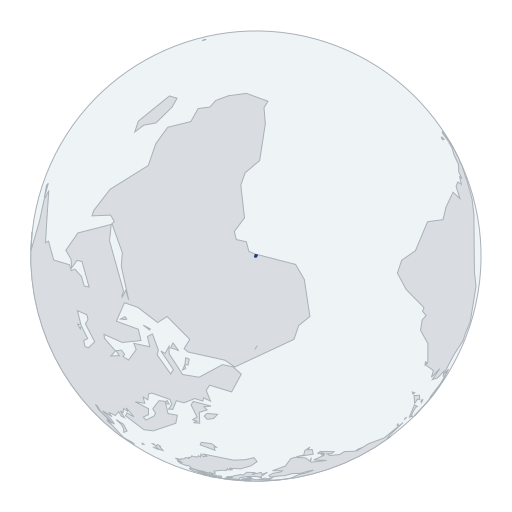 the Earth from above Atlantique, rotated 204°
{"feature_id": "BEN-2174", "entity_name": "Atlantique", "entity_type": "Department", "adm_level": 1, "iso_a3": "BEN", "parent_name": "Benin", "parent_adm1": "", "projection": "orthographic", "projection_center": [2.175, 6.604], "detail": "fine", "context": "on_globe", "style": "filled", "palette": "blue", "viewbox_px": 512, "rotation_deg": 204, "n_neighbors": 0, "source": "natural_earth", "source_scale": "10m", "svg_char_len": 8620}
<svg xmlns="http://www.w3.org/2000/svg" viewBox="0 0 512 512"><g transform="rotate(204 256 256)"><circle cx="256" cy="256" r="225" fill="#eef3f6" stroke="#a8b0b8"/><path d="M175.8,45.5L172.7,46.7L174.9,46.1L170.0,48.1L176.0,45.9L180.2,44.3L184.2,42.9L185.9,42.6L179.8,44.9L178.1,45.4L177.2,46.0L173.4,47.4L176.2,46.5L168.7,49.8L178.6,46.2L174.6,48.6L168.9,51.0L166.4,51.1L147.1,59.1L140.6,62.7L134.0,67.0L127.9,73.8L122.0,78.2L116.2,83.8L120.8,80.8L127.0,75.5L134.2,72.1L140.9,66.7L144.7,64.9L152.9,59.9L154.9,60.5L152.5,64.1L145.9,68.5L144.6,70.5L153.6,66.6L143.8,76.0L141.8,84.9L138.9,87.8L128.5,91.7L121.8,90.1L108.4,97.9L120.4,93.1L112.9,101.5L113.1,103.3L115.4,103.3L119.5,100.4L117.7,103.7L105.1,109.0L106.6,106.1L110.6,104.2L107.3,103.8L98.8,108.7L95.7,113.3L86.2,117.9L83.8,121.5L80.4,124.9L84.8,118.7L76.8,130.3L65.0,141.8L53.9,163.7L61.3,145.9L61.8,143.3L61.3,142.9L59.3,146.3L60.2,144.5L69.3,129.9L79.5,116.0L90.8,102.9L103.0,90.7L116.1,79.5L130.0,69.3L144.6,60.2L159.9,52.2L175.8,45.5ZM45.7,175.2L45.9,174.8L46.5,174.1L39.4,194.3L39.3,199.0L35.5,214.7L34.6,223.5L36.2,222.3L37.4,227.3L40.5,218.7L44.6,214.8L42.3,227.8L46.4,216.6L47.4,223.6L57.0,225.5L55.6,228.3L63.3,245.9L75.4,255.0L78.2,265.1L76.4,270.8L81.4,273.3L81.6,277.2L105.0,286.4L119.8,297.8L121.2,311.3L112.5,325.7L113.2,357.1L99.9,365.3L102.3,377.7L101.9,394.4L93.1,391.4L101.6,401.1L101.7,405.7L97.6,405.0L102.1,411.2L99.3,410.5L104.9,415.2L108.3,422.1L116.4,429.1L120.9,434.5L126.4,438.5L125.2,438.0L126.0,439.0L128.7,441.1L121.6,436.5L110.6,427.7L106.6,423.7L104.8,422.5L95.3,411.8L96.4,413.7L82.0,396.2L73.6,382.1L54.0,339.0L49.7,329.8L42.7,317.7L33.5,282.9L33.2,270.0L32.4,263.2L35.1,245.8L36.2,227.9L35.8,224.9L34.1,231.0L34.3,218.4L36.8,204.7L37.5,201.2L45.7,175.2ZM50.4,171.2L50.7,184.2L47.4,184.3L48.6,182.5L49.2,177.4L49.2,172.4L47.2,173.7L50.4,171.2ZM57.6,159.9L57.3,158.7L58.0,159.0L57.6,159.9ZM151.2,60.0L152.0,59.9L150.1,60.8L151.2,60.0ZM153.9,58.0L151.2,59.1L152.0,58.4L153.8,57.7L153.9,58.0ZM157.2,56.9L154.0,57.0L155.6,55.8L163.5,52.3L157.2,56.9ZM180.7,43.9L176.4,45.7L178.5,44.6L180.7,43.9ZM194.9,39.2L189.5,40.8L194.8,39.2L181.1,43.7L194.9,39.2ZM186.0,42.3L185.4,42.3L191.7,40.3L193.9,39.9L191.1,40.7L186.0,42.3ZM190.6,41.0L194.8,39.9L193.4,40.7L186.9,42.2L190.6,41.0ZM192.3,40.0L195.4,39.1L194.4,39.4L192.3,40.0ZM190.8,43.7L190.1,43.3L193.2,42.1L190.8,43.7ZM196.5,39.5L197.0,39.3L198.1,38.9L200.6,38.4L196.5,39.5ZM202.9,37.1L203.3,37.0L204.3,36.7L208.6,35.8L209.3,35.6L203.3,37.0L207.2,36.1L208.2,35.9L202.2,37.4L202.6,37.1L202.9,37.1ZM206.5,36.9L200.0,39.1L200.8,39.9L198.0,40.9L197.3,39.5L206.5,36.9ZM204.5,37.0L205.1,37.1L201.3,38.0L198.6,38.5L204.5,37.0ZM213.0,34.9L213.6,34.8L212.5,35.0L213.0,34.9ZM207.5,36.9L209.1,36.4L208.0,36.8L207.5,36.9ZM212.6,35.1L211.2,35.3L212.9,34.9L212.6,35.1ZM213.3,35.5L211.2,36.1L209.2,36.3L213.3,35.5ZM213.6,35.1L216.2,34.6L209.8,36.1L212.7,35.2L213.6,35.1ZM214.3,34.7L214.9,34.6L214.7,34.7L214.3,34.7ZM221.9,34.5L214.3,36.2L210.1,36.7L218.0,34.8L221.9,34.5ZM136.2,445.6L123.5,437.9L129.4,441.6L126.9,439.0L136.0,444.4L136.2,445.6ZM131.6,439.2L132.6,438.1L134.8,439.3L134.6,440.4L131.6,439.2ZM470.5,187.0L469.8,185.1L463.7,169.7L464.7,176.2L468.0,199.8L472.5,221.2L471.9,231.5L461.2,202.3L453.7,182.6L451.6,185.2L439.2,170.1L422.7,172.1L418.8,167.4L416.1,170.3L407.1,166.3L400.6,158.6L395.9,159.8L412.7,180.2L417.7,179.2L419.6,170.1L423.6,177.8L432.0,183.9L428.1,204.6L401.1,226.0L396.0,210.3L362.7,170.0L362.3,165.3L362.1,164.8L361.5,163.9L361.0,171.7L354.4,164.0L374.9,191.9L379.4,204.6L400.8,227.0L399.4,229.8L405.5,234.2L422.1,226.0L422.8,231.4L416.4,257.6L391.2,294.9L393.2,317.8L389.0,337.7L370.2,352.3L368.8,367.2L358.7,373.3L356.0,381.8L346.2,391.3L330.8,400.7L308.0,402.2L309.0,394.7L301.2,380.4L291.5,344.7L299.8,327.5L298.7,314.5L282.0,286.1L285.8,269.6L280.7,263.0L270.6,265.1L264.4,257.3L258.0,257.4L216.4,264.4L202.3,254.2L182.2,222.7L188.7,209.8L187.4,195.3L230.2,146.0L242.0,148.2L278.9,140.7L284.0,142.1L282.6,152.9L312.6,164.6L318.8,155.2L343.0,161.0L357.2,159.8L357.0,139.6L333.7,141.2L326.7,132.0L343.0,122.6L363.0,122.6L360.9,119.1L345.8,112.1L347.9,105.7L340.3,109.3L345.3,112.6L340.7,115.3L335.9,112.6L336.8,110.2L330.1,109.1L327.4,121.8L332.1,126.5L316.1,129.9L322.4,138.3L318.9,142.7L306.9,130.3L306.2,125.5L285.9,113.5L285.2,118.6L304.3,130.6L299.5,129.9L298.7,138.1L295.5,131.3L274.8,117.9L258.7,122.1L242.4,143.1L232.0,145.4L221.4,142.1L223.0,121.9L245.9,119.1L246.8,112.9L238.5,104.9L246.2,105.1L245.6,101.8L253.9,100.9L262.0,92.6L269.9,91.4L269.6,82.1L273.6,80.5L272.6,86.2L276.2,90.0L295.4,88.4L298.1,86.2L296.3,80.6L301.8,81.3L297.7,76.2L307.0,73.7L292.1,72.8L289.7,67.3L293.4,63.0L289.9,61.3L283.9,68.5L283.9,71.6L288.1,74.4L285.8,84.3L279.9,86.3L272.3,76.3L263.1,78.5L261.2,70.6L278.7,54.5L287.8,51.7L310.2,57.0L310.1,60.1L302.0,59.4L312.7,64.5L310.3,61.9L314.9,62.8L313.7,58.7L316.9,59.3L310.3,54.8L314.1,55.0L318.2,57.9L319.6,53.1L326.5,53.2L325.3,52.0L322.1,50.6L333.0,52.3L331.6,51.3L327.5,50.3L322.1,48.0L316.8,44.8L320.9,45.5L323.3,46.8L334.6,50.9L340.5,54.8L341.7,54.8L337.5,51.7L323.7,46.5L319.4,44.5L326.0,46.5L323.3,45.6L322.4,44.8L325.3,45.0L318.1,42.7L302.9,36.2L307.1,36.6L314.7,38.6L312.3,37.9L327.8,42.5L343.0,48.2L357.7,55.0L371.9,62.8L385.5,71.6L398.4,81.4L410.6,92.1L421.9,103.6L432.5,116.0L442.1,129.0L450.7,142.7L458.4,157.0L465.0,171.8L470.5,187.0ZM218.9,170.3L218.5,174.6L218.9,170.3ZM386.6,133.5L396.9,133.5L387.9,121.9L391.1,121.2L386.9,117.9L387.2,121.2L376.2,112.1L379.0,108.6L375.5,103.9L371.9,103.8L368.4,112.0L384.2,124.6L383.7,129.6L386.6,133.5ZM57.3,225.4L58.2,228.3L56.4,227.9L57.3,225.4ZM45.3,189.3L46.1,190.0L46.0,192.2L45.1,192.5L45.3,189.3ZM56.2,193.6L57.9,195.3L55.4,195.7L56.2,193.6ZM51.1,185.9L54.8,192.8L50.0,195.3L48.0,191.3L50.3,190.9L51.1,185.9ZM53.9,166.8L54.0,168.0L52.9,170.2L53.9,166.8ZM58.1,160.2L57.8,160.3L58.4,158.3L58.1,160.2ZM113.7,101.1L114.6,100.8L116.3,101.6L114.0,102.7L113.7,101.1ZM132.3,98.0L129.0,103.4L129.8,100.0L126.0,102.1L123.1,98.2L137.4,89.1L131.4,93.7L132.3,98.0ZM123.2,91.4L123.5,94.3L122.7,91.5L123.2,91.4ZM234.2,87.0L238.2,88.6L236.7,92.3L226.7,95.7L228.7,90.2L234.2,87.0ZM244.2,90.2L239.4,80.3L245.4,78.3L242.8,81.0L247.3,80.7L244.4,85.0L254.8,93.6L254.2,97.6L236.0,100.6L242.3,97.1L238.0,95.5L244.2,90.2ZM216.5,64.4L214.5,61.8L230.2,60.8L230.2,63.5L220.2,66.5L214.3,65.2L216.5,64.4ZM171.7,51.5L169.9,51.7L171.6,50.9L174.5,50.1L171.7,51.5ZM190.2,43.6L181.2,50.1L178.7,50.5L176.4,54.7L169.0,57.6L170.7,54.7L163.2,60.5L161.8,59.0L157.5,63.0L162.1,56.2L160.5,55.7L165.1,55.0L172.0,52.2L174.5,50.8L180.5,46.8L180.5,45.0L187.3,42.6L192.2,41.3L193.2,41.3L188.4,42.8L193.3,41.8L187.1,44.1L190.2,43.6ZM244.8,37.0L238.9,37.2L247.5,38.6L241.5,39.6L242.9,39.7L239.6,41.2L238.1,43.4L234.9,43.8L235.7,44.5L233.6,45.8L233.6,47.1L227.9,48.3L227.4,50.2L225.0,49.8L225.7,52.7L222.6,51.2L219.6,53.1L224.2,53.5L193.4,60.4L182.9,65.6L175.8,71.0L171.4,68.6L175.2,62.3L183.5,55.3L194.2,51.2L190.3,51.2L194.3,49.3L195.7,50.1L195.9,47.9L199.5,46.7L206.8,42.5L204.8,40.9L207.4,39.6L210.1,39.7L210.8,38.4L217.6,37.8L219.6,37.0L228.3,36.0L232.2,37.2L234.2,36.2L240.9,35.9L244.8,37.0ZM224.3,34.2L230.4,34.6L230.0,35.5L215.0,37.0L212.2,37.8L202.6,39.5L203.3,38.2L206.0,37.8L208.8,37.1L207.4,37.8L210.6,36.8L214.4,36.3L217.9,35.5L218.9,35.8L224.3,34.2ZM288.0,137.9L291.6,138.1L296.8,137.3L296.4,142.8L288.0,137.9ZM273.7,128.8L276.8,127.9L278.8,134.5L275.0,134.6L273.7,128.8ZM276.7,122.1L276.8,127.4L274.5,124.6L276.7,122.1ZM275.2,85.4L278.2,84.4L279.2,85.7L278.4,87.8L275.2,85.4ZM269.3,43.8L265.9,43.2L266.4,42.7L261.8,40.5L266.0,39.9L270.3,41.0L269.3,43.8ZM354.1,143.3L351.0,147.3L348.4,145.7L350.0,144.6L354.1,143.3ZM323.1,145.0L331.0,147.0L322.9,146.4L323.1,145.0ZM273.0,42.8L270.7,41.9L274.2,42.3L273.0,42.8ZM268.7,39.5L272.6,39.6L265.9,39.6L268.7,39.5ZM392.8,430.7L391.2,432.9L389.5,433.5L392.8,430.7ZM418.3,331.4L400.2,367.0L392.3,368.0L393.2,358.1L401.5,336.9L411.6,330.0L417.2,320.0L418.3,331.4ZM473.1,223.1L476.1,235.4L475.3,238.0L473.1,223.1ZM305.0,41.1L306.7,44.4L310.7,47.4L317.2,49.6L308.7,48.4L302.6,43.7L305.0,41.1ZM302.8,36.5L297.0,35.2L298.9,35.4L300.5,35.7L302.8,36.5ZM299.7,36.0L293.8,35.5L290.2,34.6L295.6,35.1L299.7,36.0ZM283.6,37.9L283.8,38.8L281.0,38.3L283.6,37.9Z" fill="#d9dde1" stroke="#a8b0b8" stroke-width="1"/><path d="M256.7,257.1L256.2,257.1L255.3,257.2L255.2,257.0L255.2,256.8L255.2,256.7L255.3,256.5L255.3,256.4L255.3,256.1L255.3,255.9L255.4,255.7L255.5,255.5L255.5,255.4L255.5,255.2L255.7,254.9L256.8,254.8L257.0,255.0L257.0,255.4L257.0,255.8L257.1,256.3L257.2,256.6L257.1,256.8L256.9,256.9L256.8,257.0L256.7,257.1Z" fill="#3b82f6" stroke="#1e3a8a" stroke-width="1.5"/></g></svg>